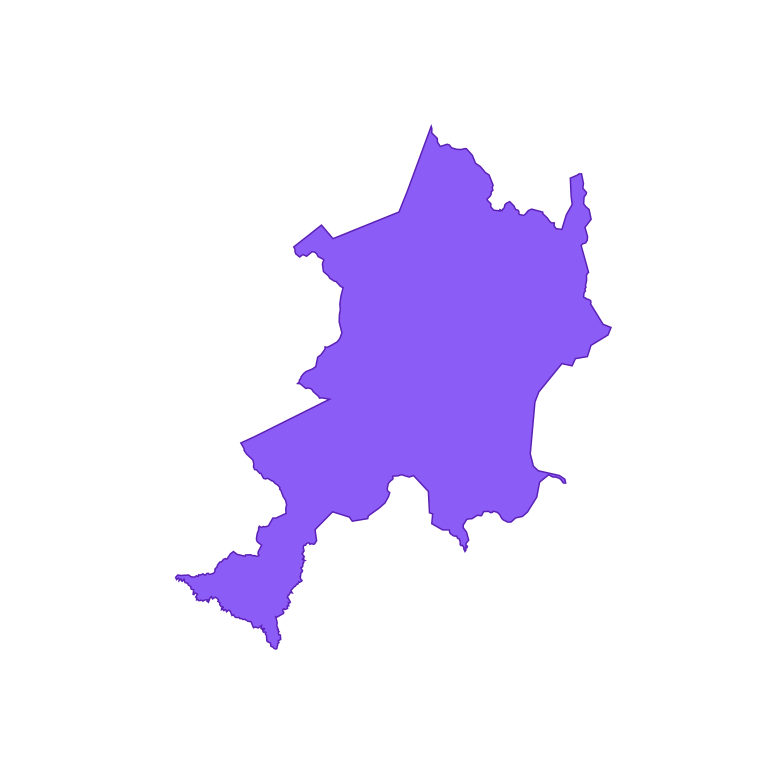 the district of Adansi Asokwa, Ashanti, Ghana, rotated 146°
{"feature_id": "2480657B45906044715427", "entity_name": "Adansi Asokwa", "entity_type": "district", "adm_level": 2, "iso_a3": "GHA", "parent_name": "Ghana", "parent_adm1": "Ashanti", "projection": "mercator", "projection_center": [-1.382, 6.167], "detail": "fine", "context": "isolated", "style": "filled", "palette": "violet", "viewbox_px": 768, "rotation_deg": 146, "n_neighbors": 0, "source": "geoboundaries", "source_scale": "gbopen_adm2", "svg_char_len": 6171}
<svg xmlns="http://www.w3.org/2000/svg" viewBox="0 0 768 768"><g transform="rotate(146 384 384)"><path d="M615.7,228.3L615.3,230.3L612.5,230.0L610.5,233.4L610.4,234.2L611.5,235.2L610.0,237.8L609.5,237.5L609.6,239.0L608.9,239.5L609.2,240.5L608.6,240.9L608.1,243.5L606.0,245.9L603.9,251.6L603.1,250.6L595.7,250.0L594.7,250.9L595.1,251.9L593.8,253.7L592.7,253.7L592.4,252.5L589.5,251.8L588.2,254.2L587.0,253.3L585.6,256.2L584.6,255.2L583.6,255.6L583.1,260.3L583.6,260.9L581.7,262.5L581.0,262.2L578.2,263.6L576.9,262.2L576.8,264.4L576.0,265.1L571.5,266.2L570.7,265.9L568.0,266.9L567.4,266.3L565.1,267.6L564.9,266.8L562.3,266.6L561.8,267.0L562.2,268.4L561.3,271.3L560.6,271.3L559.0,273.5L556.8,274.1L555.8,275.0L556.1,276.5L555.5,278.2L554.4,277.9L553.1,278.5L551.5,280.7L551.0,280.5L549.2,282.1L548.3,281.9L549.6,283.8L548.7,283.8L548.8,284.5L547.8,284.5L547.5,285.3L546.7,285.4L546.8,289.2L545.3,289.4L545.0,290.2L543.7,290.2L542.2,293.9L540.7,295.0L539.3,294.2L537.5,295.0L535.8,294.9L534.8,293.7L535.1,292.5L533.5,292.2L531.9,290.4L530.9,290.3L527.5,291.8L522.6,301.8L498.1,306.8L487.1,293.0L487.0,288.0L472.8,281.5L470.7,283.5L457.9,283.8L449.8,284.8L443.3,288.1L440.0,290.7L440.8,293.4L439.6,295.7L436.2,299.0L433.0,300.0L430.3,300.1L429.1,300.9L429.1,301.9L428.2,302.7L423.9,300.1L420.3,299.1L415.2,292.8L410.7,291.5L407.3,270.1L418.3,251.8L416.3,249.1L422.5,241.5L417.0,230.3L411.5,226.5L412.7,223.6L412.4,221.9L411.0,218.8L408.8,217.2L409.3,215.0L408.3,213.4L409.1,210.6L410.6,208.3L410.6,207.2L409.2,206.2L409.2,203.8L410.1,202.6L410.5,199.9L408.9,200.5L407.7,202.7L406.9,201.9L405.8,202.5L405.6,203.1L406.3,204.2L405.2,205.9L401.1,207.2L398.4,215.1L398.7,220.4L397.3,222.7L391.4,225.4L390.0,225.2L386.3,223.1L380.0,223.0L377.3,220.5L376.3,220.5L372.8,222.5L368.6,220.0L367.5,217.6L365.8,217.0L364.7,217.5L362.2,214.8L361.5,213.1L361.1,210.8L361.6,206.7L361.1,204.6L358.7,200.4L355.8,198.5L349.8,199.4L343.3,196.8L336.7,197.6L320.6,204.8L309.9,215.6L300.2,216.5L298.2,216.6L296.2,212.7L293.5,210.6L291.9,208.5L290.9,206.5L290.6,201.6L288.8,200.3L287.3,203.9L289.8,210.1L304.6,225.8L306.1,232.3L301.8,244.3L269.0,284.6L260.0,290.9L225.1,301.4L217.9,293.9L211.1,298.0L200.1,293.0L190.8,300.3L170.9,299.4L164.2,303.9L169.0,311.0L168.0,334.8L166.7,336.1L166.1,337.7L167.5,340.3L168.7,341.2L168.6,342.1L170.0,344.4L167.2,347.7L164.9,348.6L164.2,350.6L162.6,351.1L161.8,353.1L157.9,356.8L155.7,360.5L153.8,361.8L152.0,362.1L143.1,388.6L141.1,389.2L137.9,388.2L135.1,389.5L132.8,392.4L129.8,401.5L120.2,404.7L116.4,414.0L117.6,418.4L117.7,421.8L113.6,427.1L110.2,428.4L109.0,429.6L109.7,435.1L106.5,438.7L102.7,447.8L105.0,449.2L107.2,449.1L114.4,450.5L123.7,435.3L127.6,427.6L138.3,422.3L150.1,412.7L154.5,416.6L154.5,420.2L152.7,422.3L155.1,424.0L155.7,426.3L155.8,430.5L157.1,436.2L156.3,437.8L163.8,446.4L167.3,447.1L172.3,445.7L174.0,445.7L176.7,448.5L177.1,449.6L175.9,451.2L175.6,452.9L177.3,455.2L176.7,458.9L177.8,464.9L181.5,465.4L183.5,465.0L185.7,462.9L188.5,462.3L189.2,461.7L190.5,463.6L191.0,462.6L195.9,466.8L196.4,471.3L194.6,473.6L195.5,478.1L195.1,479.7L191.1,480.3L188.8,481.6L187.6,483.5L185.5,483.6L184.3,486.5L182.4,487.7L180.0,498.6L181.7,502.5L182.5,510.3L184.7,515.8L182.9,524.2L184.1,532.9L185.2,533.9L188.8,535.2L192.5,537.9L195.9,542.0L196.1,545.5L197.5,547.4L204.5,549.5L204.4,554.6L202.5,557.8L204.0,565.5L201.6,568.8L200.8,571.2L256.4,531.1L275.4,518.2L345.0,533.0L347.0,550.7L382.2,548.1L382.5,545.2L383.7,543.7L384.4,541.3L382.9,536.4L378.9,536.7L376.7,533.2L369.6,533.9L367.6,531.9L367.0,529.5L367.4,526.5L364.7,521.5L364.7,520.1L366.7,519.1L368.2,517.5L371.3,511.1L369.6,504.7L369.8,502.0L367.8,497.3L366.4,495.7L365.5,489.4L364.1,486.7L370.7,480.8L375.9,475.0L378.9,469.7L381.9,466.8L386.4,460.6L390.3,450.0L395.2,446.4L399.5,445.1L407.7,445.7L410.6,446.2L412.1,447.7L413.5,445.8L419.9,443.5L424.0,443.3L430.8,436.6L435.0,436.5L441.6,437.9L444.7,437.6L448.8,436.3L449.7,435.2L451.8,434.7L453.1,433.1L455.3,432.7L453.3,431.0L451.3,424.0L448.8,423.0L446.9,420.3L446.9,417.1L445.1,410.3L445.4,408.4L443.0,407.0L437.6,401.8L520.5,412.7L535.7,415.2L536.1,408.7L537.1,407.2L537.1,402.7L535.2,394.4L536.6,390.6L538.5,388.4L539.1,385.5L537.7,384.0L537.0,379.4L536.0,378.8L536.6,373.1L535.3,371.5L533.7,371.2L532.5,369.6L531.4,366.8L530.1,365.1L530.1,363.2L528.5,359.1L528.3,356.3L529.3,355.1L529.1,353.0L530.5,347.2L530.6,342.8L532.1,338.6L535.3,335.4L537.6,331.5L548.7,333.3L551.1,335.0L559.2,331.0L562.8,332.2L563.7,333.3L566.0,333.7L566.9,335.8L568.5,334.8L569.3,333.3L572.6,331.0L575.9,327.6L577.0,325.7L577.2,323.8L575.6,318.8L581.9,315.4L583.4,313.8L583.5,311.8L585.7,312.0L587.2,314.1L588.9,315.1L590.0,317.0L594.4,319.7L595.4,318.9L601.0,324.8L602.5,329.3L606.3,329.1L611.8,326.8L612.5,326.8L612.9,327.8L615.1,328.4L617.9,327.5L619.8,328.2L623.3,327.0L624.6,325.8L627.6,325.1L629.0,323.2L630.4,322.5L632.5,322.7L635.3,323.8L635.6,325.4L637.0,326.0L638.7,325.4L639.7,326.3L640.2,327.8L643.3,328.4L644.3,329.5L645.7,328.4L646.8,329.9L649.0,329.8L651.7,332.0L652.8,334.9L659.4,338.8L661.8,341.0L664.9,340.2L665.3,337.8L663.1,338.0L662.7,336.9L663.9,335.5L661.4,335.8L661.8,333.8L661.4,333.2L659.0,334.0L660.0,330.7L658.1,328.4L658.7,327.1L657.5,324.2L658.6,321.9L656.9,319.8L659.9,316.4L659.4,315.7L657.4,316.6L656.3,314.1L659.3,312.6L658.9,311.0L660.0,309.9L659.1,309.7L658.7,307.9L656.0,306.7L655.6,305.3L652.9,305.0L650.2,303.2L650.9,302.7L652.1,302.8L651.6,301.2L648.2,303.7L646.0,304.2L646.3,301.7L643.3,301.7L642.3,299.9L641.9,297.4L643.3,296.8L642.4,294.4L643.5,293.2L643.5,290.6L642.0,289.0L642.5,288.6L644.1,288.8L645.0,287.8L643.6,287.5L643.4,285.7L642.0,285.9L641.4,285.3L641.9,283.2L639.5,283.4L638.8,282.9L638.6,281.1L639.5,277.1L637.9,276.9L637.8,274.1L637.3,273.2L634.6,271.3L634.6,270.0L633.3,269.2L632.6,267.6L631.2,267.0L629.4,263.3L627.2,261.3L628.5,254.9L626.7,254.6L624.7,252.1L620.7,252.2L622.7,250.1L622.6,249.5L620.1,248.5L620.0,247.9L620.7,247.5L622.1,247.9L622.7,246.5L622.6,245.5L621.1,244.8L620.9,244.0L622.1,243.3L622.2,241.1L624.7,236.6L624.8,235.8L623.0,232.7L624.4,229.7L623.3,228.2L622.9,225.9L621.6,224.6L620.8,224.6L616.9,228.3L615.7,228.3Z" fill="#8b5cf6" stroke="#5b21b6" stroke-width="1.5"/></g></svg>